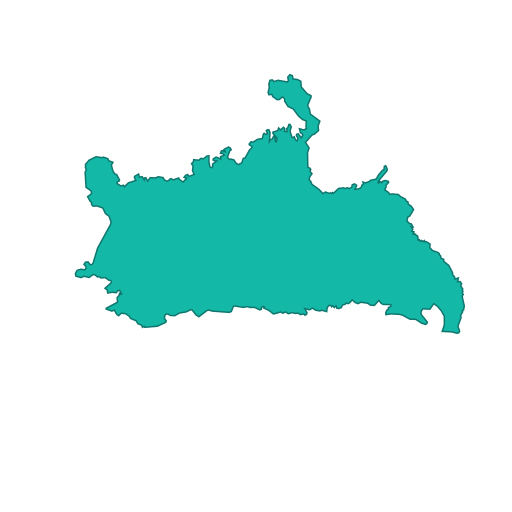 the State of Uttar Pradesh, rotated 152°
{"feature_id": "IND-3253", "entity_name": "Uttar Pradesh", "entity_type": "State", "adm_level": 1, "iso_a3": "IND", "parent_name": "India", "parent_adm1": "", "projection": "orthographic", "projection_center": [80.221, 27.157], "detail": "fine", "context": "isolated", "style": "filled", "palette": "teal", "viewbox_px": 512, "rotation_deg": 152, "n_neighbors": 0, "source": "natural_earth", "source_scale": "10m", "svg_char_len": 6126}
<svg xmlns="http://www.w3.org/2000/svg" viewBox="0 0 512 512"><g transform="rotate(152 256 256)"><path d="M335.0,229.2L336.7,232.4L337.7,238.1L338.7,239.2L344.2,239.5L350.3,241.6L355.7,241.4L359.6,243.8L361.0,246.1L362.5,246.9L364.4,246.3L366.1,244.1L365.7,240.7L367.0,239.8L376.1,240.3L387.7,245.3L387.8,246.5L389.7,246.3L389.5,248.8L392.1,251.6L392.2,255.0L396.0,259.7L396.3,262.7L398.3,266.4L401.9,268.7L405.3,267.8L406.3,269.7L406.5,274.6L409.2,275.1L413.2,279.5L412.8,280.2L400.0,280.2L398.1,284.5L395.3,285.5L394.1,287.1L393.2,285.4L392.4,285.6L392.5,289.7L394.5,290.2L396.6,289.2L399.8,291.4L404.3,292.9L403.3,295.8L404.5,298.4L396.5,300.3L395.7,301.2L395.7,302.5L397.3,303.7L399.3,307.7L403.2,309.4L404.4,311.6L405.8,311.9L406.8,314.5L408.4,316.1L413.5,315.4L417.3,318.8L420.7,319.1L424.5,322.8L423.7,325.3L420.7,327.3L416.7,326.5L413.7,324.2L411.6,325.1L411.1,326.6L411.8,329.4L409.5,330.6L407.1,329.7L406.5,326.3L405.0,325.5L403.4,326.0L392.1,337.4L369.7,352.1L368.0,354.0L367.1,360.1L369.0,364.1L368.7,370.3L372.9,374.8L376.6,376.6L377.0,378.7L376.1,380.6L376.8,382.5L376.8,387.5L372.9,388.0L371.2,389.4L371.2,391.3L373.8,396.4L367.6,410.1L365.3,412.0L365.0,414.4L363.4,417.0L358.3,419.0L350.6,418.7L346.1,415.3L344.3,414.9L341.2,411.6L341.2,409.1L338.3,405.9L341.0,404.2L342.4,398.3L342.2,394.8L340.8,393.4L340.8,387.2L341.5,386.4L343.6,386.7L344.6,385.2L342.4,381.3L339.8,380.7L339.7,378.9L334.3,380.5L326.6,379.1L326.6,382.1L325.9,383.3L321.2,383.5L321.9,380.4L319.2,379.4L319.0,375.6L317.7,377.2L316.5,376.9L316.5,373.0L312.6,374.8L308.5,372.3L305.0,371.8L301.2,368.8L301.2,366.3L299.7,364.0L298.1,363.6L295.6,364.4L294.4,363.9L293.5,362.1L287.6,361.2L287.7,359.6L285.7,355.5L280.6,357.3L282.6,359.2L280.3,360.3L278.1,360.0L277.7,357.7L272.3,357.1L272.0,361.2L269.3,365.1L269.6,367.8L267.3,368.4L265.8,370.3L261.5,367.4L258.8,368.1L256.8,366.5L252.4,367.3L250.5,366.6L253.3,361.4L254.8,356.3L253.8,354.8L252.3,355.2L251.1,357.6L246.1,358.3L248.8,360.5L248.4,361.7L244.8,362.1L241.5,358.1L240.6,360.4L236.6,359.9L237.2,362.1L239.2,363.3L237.5,364.9L236.3,364.9L234.3,362.6L234.3,365.1L229.3,365.2L228.1,363.8L228.0,361.4L229.6,361.3L235.0,356.5L233.9,353.5L232.9,353.5L230.4,351.3L230.0,347.3L228.7,345.0L224.8,344.9L221.4,348.2L219.7,347.6L211.9,352.7L208.5,353.7L208.2,354.8L209.7,357.2L209.5,358.1L206.7,359.2L205.2,357.9L199.7,358.3L195.4,356.7L192.0,360.4L191.1,360.4L190.2,358.6L188.4,358.6L188.0,362.0L186.5,362.1L185.3,361.2L185.7,358.3L190.4,350.8L188.4,351.9L186.6,351.7L184.4,353.4L183.4,351.6L185.1,348.1L184.5,347.3L182.8,348.9L182.2,350.8L183.5,356.2L183.0,357.4L178.0,356.5L175.9,358.4L175.2,355.8L171.3,356.8L170.8,354.8L172.4,352.7L170.2,351.3L169.0,354.1L167.4,354.5L165.3,356.7L164.3,356.4L164.2,353.5L167.4,350.2L168.5,344.1L168.2,343.3L166.2,343.3L166.7,340.1L165.5,338.4L163.8,340.2L163.7,343.7L162.9,344.4L161.3,344.0L160.5,339.1L158.0,340.6L157.8,342.2L158.9,344.0L157.9,348.0L154.5,344.8L151.4,344.9L151.2,346.7L148.2,351.6L150.9,354.7L152.8,359.9L154.1,368.3L157.5,373.0L158.0,379.2L157.0,381.2L157.2,382.7L158.1,384.0L162.1,383.2L164.1,384.3L166.4,389.0L166.1,391.3L168.9,392.3L168.6,394.6L165.4,398.3L163.7,402.1L161.1,404.6L158.9,403.8L158.2,401.6L154.1,400.8L146.5,394.9L145.0,395.7L144.0,399.0L141.0,400.2L139.2,398.2L140.2,394.9L136.8,392.6L134.4,389.3L136.7,384.0L134.7,375.4L132.2,371.8L132.7,370.5L139.4,365.1L140.1,362.9L139.7,361.1L141.4,355.8L136.3,345.1L140.0,341.8L141.9,337.4L146.9,336.2L149.8,336.5L159.0,333.1L158.4,326.5L161.9,323.2L168.5,310.2L167.1,308.0L167.1,306.6L168.7,305.3L167.9,302.4L171.6,300.5L173.4,298.0L172.6,296.4L173.0,293.1L169.1,285.2L167.6,279.7L164.7,279.9L161.7,276.8L160.3,276.7L159.6,275.5L158.6,276.1L158.0,275.0L151.4,276.9L146.8,275.1L145.3,273.6L143.4,273.4L141.9,271.7L139.0,271.9L137.6,273.7L135.1,273.4L133.9,271.1L137.3,268.4L133.8,267.1L131.0,267.1L129.2,268.8L127.5,268.9L126.9,271.1L125.2,269.2L120.8,268.5L119.6,269.1L113.7,267.5L110.1,269.9L104.2,272.3L102.5,272.1L100.6,274.9L99.1,274.9L99.3,271.1L100.4,269.7L112.9,264.7L113.7,263.3L113.0,262.8L111.7,263.8L110.4,261.7L109.3,262.5L106.6,262.1L104.2,259.9L104.3,258.7L108.1,257.4L108.7,255.9L111.2,253.9L109.2,250.0L108.8,247.5L106.8,247.0L101.4,243.4L100.6,240.7L97.4,236.1L97.5,233.7L96.5,232.7L97.2,230.0L95.6,227.4L95.1,223.0L101.5,219.1L103.6,219.2L106.3,216.1L105.2,212.6L103.7,211.3L103.8,207.9L105.3,209.0L105.0,206.0L106.9,204.6L105.1,203.1L107.0,201.5L104.9,200.4L104.8,198.6L103.9,197.8L105.3,193.9L104.1,193.7L104.0,191.8L102.3,191.9L101.8,190.2L100.1,190.6L100.1,189.2L98.7,188.4L96.7,184.8L98.6,182.0L97.6,177.9L93.9,174.0L93.0,172.0L93.5,171.0L92.9,169.3L93.8,167.4L91.8,164.9L92.8,163.2L90.2,157.2L90.3,148.9L91.2,147.3L90.5,144.3L91.2,142.2L87.6,141.6L90.1,138.7L87.8,137.6L87.5,135.0L89.4,133.4L88.9,129.9L90.1,128.7L89.8,127.7L91.2,126.7L91.1,124.6L92.3,124.3L93.2,122.6L95.6,114.0L98.0,111.0L99.5,110.9L99.7,109.7L103.3,107.4L103.8,105.4L110.7,99.2L111.5,94.0L113.0,93.0L114.8,93.4L118.6,97.0L127.0,102.0L122.0,106.8L118.0,114.5L118.1,120.4L119.4,126.4L121.4,130.5L127.4,127.4L133.4,131.0L135.5,130.0L137.1,128.4L137.5,126.4L135.8,117.4L136.8,116.1L138.5,116.0L141.5,119.2L144.7,125.1L149.7,127.9L154.4,135.0L156.8,137.2L163.9,141.5L168.8,143.2L168.2,144.8L166.1,146.7L164.2,146.7L163.4,148.2L160.5,148.2L159.7,149.7L166.4,153.5L167.7,155.4L168.4,159.1L174.6,156.8L177.9,158.7L179.6,161.9L185.1,165.9L188.4,166.1L190.4,168.5L191.6,172.1L195.2,170.7L197.0,170.7L198.5,172.2L199.9,171.5L202.8,172.1L204.8,170.4L207.8,170.8L209.1,171.9L208.8,174.4L211.1,173.8L211.5,176.0L213.0,175.6L213.2,177.3L214.8,178.1L217.3,177.1L219.7,173.7L223.2,177.1L225.6,177.6L228.9,180.3L230.6,183.4L234.1,183.4L237.6,186.7L237.6,181.9L238.9,180.7L240.6,180.8L240.9,182.4L244.1,183.3L246.0,186.0L248.2,186.8L250.6,189.0L254.6,189.9L256.1,192.7L259.2,192.9L260.3,194.9L267.8,196.6L270.3,202.2L273.5,206.3L272.6,207.0L273.6,207.6L273.5,208.3L275.4,208.1L276.2,206.4L277.9,206.6L281.4,211.3L285.3,213.3L287.7,215.6L291.0,216.4L298.5,222.0L299.7,222.1L303.8,218.6L306.1,218.8L320.5,227.9L322.9,230.3L324.7,230.9L335.0,229.2Z" fill="#14b8a6" stroke="#0f766e" stroke-width="1.5"/></g></svg>